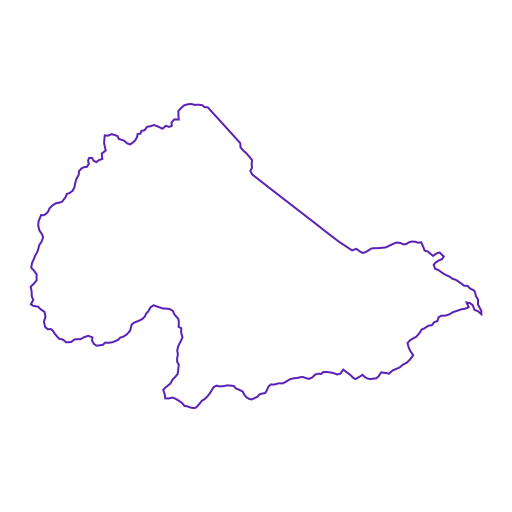 the district of Nova Friburgo, Rio de Janeiro, Brazil
{"feature_id": "56859067B93377286663386", "entity_name": "Nova Friburgo", "entity_type": "district", "adm_level": 2, "iso_a3": "BRA", "parent_name": "Brazil", "parent_adm1": "Rio de Janeiro", "projection": "robinson", "projection_center": [-42.493, -22.307], "detail": "fine", "context": "isolated", "style": "outline", "palette": "violet", "viewbox_px": 512, "rotation_deg": 0, "n_neighbors": 0, "source": "geoboundaries", "source_scale": "gbopen_adm2", "svg_char_len": 4404}
<svg xmlns="http://www.w3.org/2000/svg" viewBox="0 0 512 512"><path d="M207.8,107.4L204.5,107.1L202.3,105.2L198.6,104.7L194.7,104.9L191.4,104.0L188.0,104.2L184.0,105.4L181.3,107.8L178.3,111.1L178.5,116.0L178.7,119.6L174.4,119.4L171.5,122.5L171.8,125.8L169.2,126.9L165.8,125.8L162.5,128.7L158.1,126.6L154.0,125.0L151.0,126.1L147.1,126.8L144.5,130.3L141.4,130.9L140.5,133.6L137.6,134.0L137.1,137.0L135.2,140.4L132.6,142.7L130.1,144.4L127.0,143.3L124.3,140.8L121.7,139.9L118.7,138.9L117.7,136.2L115.3,135.2L111.7,134.1L108.0,135.7L104.8,135.4L104.4,138.9L104.1,143.0L104.8,146.5L105.7,150.6L101.8,153.5L102.3,158.9L98.8,160.2L96.3,162.1L93.6,160.8L91.9,157.8L89.0,158.1L88.1,160.8L88.8,164.0L86.8,166.9L84.1,167.2L81.6,168.3L79.0,171.2L78.7,174.9L76.7,178.2L75.3,182.6L74.4,187.4L72.5,190.9L69.6,193.0L66.7,194.0L65.8,196.8L64.0,199.2L62.1,201.7L59.5,202.6L55.8,203.3L52.1,205.7L49.5,208.4L48.2,211.4L46.4,213.5L43.8,215.3L41.2,215.0L39.6,218.7L38.5,221.8L38.2,225.5L39.4,230.5L41.9,234.1L43.1,237.1L41.5,241.8L39.2,245.2L38.5,248.0L37.8,250.7L36.4,253.5L35.1,255.9L33.7,259.4L32.0,263.0L31.2,267.7L34.3,271.0L36.6,274.4L36.6,280.4L33.4,284.2L30.7,286.7L31.6,291.5L31.8,296.5L33.3,299.8L30.9,304.3L33.2,305.8L38.0,306.7L40.8,309.4L44.4,311.8L45.5,316.7L43.9,321.7L45.1,326.9L47.8,329.3L50.7,329.0L53.0,330.9L54.7,333.7L57.1,336.5L59.2,338.8L62.8,339.5L66.2,342.3L70.9,342.1L74.6,339.4L77.6,339.2L80.5,339.2L83.9,337.3L88.2,335.8L92.4,337.4L92.1,340.9L94.0,344.0L96.5,345.7L99.2,345.4L103.0,344.8L105.1,342.6L108.4,342.8L112.4,342.3L115.7,340.9L118.2,339.8L120.3,337.6L123.4,336.6L127.0,334.2L130.1,330.7L130.8,327.8L131.8,324.3L134.4,322.5L138.3,321.0L142.3,319.0L144.9,316.5L146.0,313.7L148.2,311.5L150.5,307.3L153.5,305.3L156.5,306.4L160.0,307.5L162.8,308.5L165.9,308.6L169.3,308.9L172.9,310.9L174.1,313.9L176.3,316.7L178.3,318.8L178.9,322.2L178.6,326.8L181.3,328.3L181.1,332.6L182.5,337.3L180.7,341.3L178.2,346.2L177.2,350.5L177.9,354.5L177.1,358.4L177.1,361.7L178.8,364.7L178.1,370.4L177.7,373.9L175.2,376.9L172.6,379.5L170.4,383.6L167.5,385.9L165.3,387.6L163.2,389.9L164.8,394.6L165.3,398.4L169.2,398.4L172.2,397.6L175.0,398.5L178.3,400.4L182.1,403.0L184.4,405.9L187.5,406.4L190.3,407.5L193.1,408.0L195.6,407.8L197.7,405.8L199.9,403.3L201.8,400.8L204.4,399.3L207.5,396.3L210.2,392.8L212.0,389.7L213.8,387.0L216.6,385.6L219.4,386.4L223.2,386.2L227.1,385.4L231.0,385.6L234.1,386.2L235.8,388.4L238.9,389.7L242.6,391.4L244.2,394.5L246.2,397.1L248.9,398.8L251.5,399.5L254.4,398.2L257.7,396.6L259.4,394.4L262.4,393.5L265.1,393.1L267.0,390.0L268.5,386.5L271.0,384.4L274.1,384.6L278.6,383.3L283.1,383.3L286.4,381.4L290.3,379.1L294.2,378.2L297.3,378.0L300.0,377.2L302.8,377.0L306.6,378.3L309.1,378.9L312.3,377.4L315.0,374.7L318.3,373.7L321.1,374.0L323.3,372.0L326.7,372.0L330.0,372.4L333.6,373.1L337.2,374.5L340.5,373.6L343.2,369.6L347.2,372.6L350.8,375.3L352.8,377.5L355.5,379.1L359.6,376.7L362.6,374.8L364.5,376.8L367.2,378.4L370.1,379.1L373.1,378.7L376.3,378.3L378.9,375.9L381.2,372.3L384.1,372.8L386.6,373.1L389.0,373.7L392.6,370.4L396.3,368.9L399.7,367.4L403.2,364.5L406.8,362.7L410.0,359.5L413.2,355.2L410.4,351.2L408.7,347.5L407.5,343.1L410.1,340.2L412.9,338.5L416.2,336.8L419.6,332.9L421.5,329.6L424.7,328.2L428.4,325.7L431.9,325.2L434.1,322.2L437.5,321.0L438.6,317.2L441.2,315.8L445.1,315.6L448.8,314.6L453.2,312.1L456.5,311.0L461.4,309.3L465.5,308.6L468.7,307.2L466.6,302.5L469.9,303.1L472.7,305.1L474.5,309.9L478.0,311.2L481.3,314.2L481.3,310.7L479.5,307.5L478.0,304.3L478.0,299.5L475.9,296.1L475.3,293.3L474.3,290.6L470.1,288.5L467.5,285.9L464.0,285.7L461.1,283.4L458.0,281.3L455.6,279.7L452.5,278.8L449.5,276.6L445.9,275.0L442.4,273.0L439.0,270.4L435.1,268.7L433.7,264.8L435.5,262.6L438.5,260.6L442.1,259.1L443.8,256.4L441.5,254.4L439.7,252.5L436.4,253.4L433.1,255.9L430.4,253.8L427.8,251.5L424.6,250.6L423.3,247.0L421.2,242.3L417.9,242.7L415.5,241.8L412.0,241.5L409.2,242.2L406.1,244.1L403.4,244.4L400.4,243.0L396.6,242.5L392.4,244.2L388.8,246.0L385.8,247.4L382.1,247.8L377.3,248.2L373.7,248.2L371.1,248.6L368.5,250.4L365.1,252.4L362.5,252.9L359.7,251.3L356.4,248.8L352.1,250.4L338.9,241.7L334.7,238.5L323.9,230.2L319.5,226.7L310.4,219.6L308.1,217.9L303.0,213.9L281.8,197.5L269.5,188.0L252.3,174.6L250.3,170.9L252.0,167.8L251.6,163.7L252.1,160.2L249.6,157.0L246.1,153.0L243.3,150.6L240.5,147.4L240.3,143.2L217.5,118.0L211.6,111.6L207.8,107.4Z" fill="none" stroke="#5b21b6" stroke-width="2"/></svg>